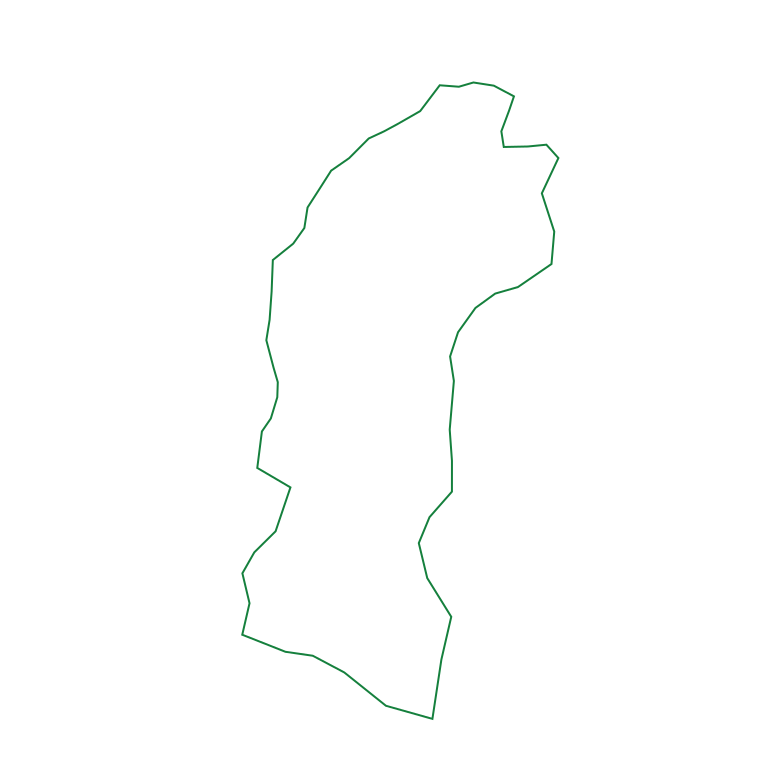 Agios Theodoros Soleas, Nicosia, Cyprus, rotated 13°
{"feature_id": "46923920B26695938470022", "entity_name": "Agios Theodoros Soleas", "entity_type": "district", "adm_level": 2, "iso_a3": "CYP", "parent_name": "Cyprus", "parent_adm1": "Nicosia", "projection": "orthographic", "projection_center": [32.933, 35.027], "detail": "fine", "context": "isolated", "style": "outline", "palette": "green", "viewbox_px": 768, "rotation_deg": 13, "n_neighbors": 0, "source": "geoboundaries", "source_scale": "gbopen_adm2", "svg_char_len": 890}
<svg xmlns="http://www.w3.org/2000/svg" viewBox="0 0 768 768"><g transform="rotate(13 384 384)"><path d="M423.9,68.6L403.3,70.1L390.1,77.5L371.1,80.4L357.9,109.9L338.8,127.6L327.1,137.9L313.9,148.2L299.2,171.8L284.5,188.0L277.2,208.6L269.8,229.2L271.3,249.9L264.0,267.6L247.8,288.2L253.7,319.2L258.1,347.2L259.5,367.8L272.7,392.9L280.1,406.1L283.0,420.9L281.5,443.0L275.7,457.7L279.4,494.3L316.1,505.8L311.5,551.9L295.5,577.2L288.6,600.3L302.3,627.9L302.3,660.2L348.2,667.1L375.7,664.8L410.2,674.0L458.3,697.1L506.5,699.4L504.8,677.3L501.9,639.5L501.9,595.7L469.8,563.4L453.7,531.2L458.3,503.5L474.4,473.6L467.5,443.6L458.3,413.7L451.4,365.3L442.2,342.3L444.5,316.9L456.0,289.3L472.0,270.9L492.7,259.4L520.2,229.4L515.6,197.2L494.9,162.7L503.1,124.6L488.4,114.3L470.8,120.2L447.4,126.1L441.5,111.4L444.4,89.3L445.9,74.5L423.9,68.6Z" fill="none" stroke="#15803d" stroke-width="2"/></g></svg>